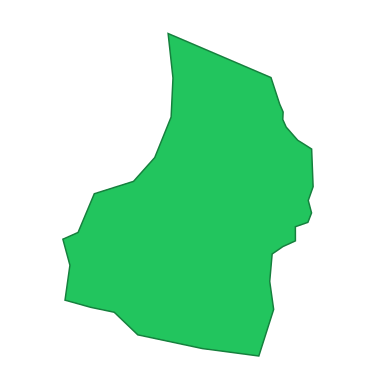 the border of Serere, rotated 278°
{"feature_id": "UGA-5596", "entity_name": "Serere", "entity_type": "District", "adm_level": 1, "iso_a3": "UGA", "parent_name": "Uganda", "parent_adm1": "", "projection": "mercator", "projection_center": [33.439, 1.516], "detail": "fine", "context": "isolated", "style": "filled", "palette": "green", "viewbox_px": 384, "rotation_deg": 278, "n_neighbors": 0, "source": "natural_earth", "source_scale": "10m", "svg_char_len": 555}
<svg xmlns="http://www.w3.org/2000/svg" viewBox="0 0 384 384"><g transform="rotate(278 192 192)"><path d="M158.0,301.2L150.6,289.6L141.8,280.0L114.3,281.4L87.1,289.2L38.9,281.0L38.4,224.2L43.0,158.2L62.1,131.7L63.7,107.8L67.2,81.3L102.5,81.3L127.3,70.7L136.1,84.8L176.7,95.5L194.4,132.6L220.9,150.3L263.3,160.9L302.2,157.3L345.6,146.3L316.3,254.3L291.2,266.6L283.9,271.1L276.4,271.8L269.4,276.2L258.0,289.4L251.2,304.5L214.1,311.2L199.8,308.3L187.9,313.3L178.1,311.0L172.0,299.2L158.0,301.2Z" fill="#22c55e" stroke="#15803d" stroke-width="1.5"/></g></svg>